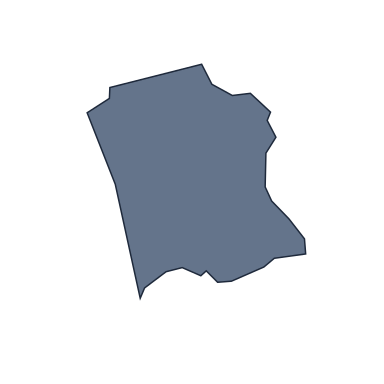 the district of Rappahannock, Virginia, United States of America, rotated 117°
{"feature_id": "52423323B58437533769243", "entity_name": "Rappahannock", "entity_type": "district", "adm_level": 2, "iso_a3": "USA", "parent_name": "United States of America", "parent_adm1": "Virginia", "projection": "mercator", "projection_center": [-78.153, 38.693], "detail": "fine", "context": "isolated", "style": "filled", "palette": "slate", "viewbox_px": 384, "rotation_deg": 117, "n_neighbors": 0, "source": "geoboundaries", "source_scale": "gbopen_adm2", "svg_char_len": 508}
<svg xmlns="http://www.w3.org/2000/svg" viewBox="0 0 384 384"><g transform="rotate(117 192 192)"><path d="M105.1,142.1L94.1,157.5L85.2,158.3L77.6,184.8L87.7,199.9L87.0,223.2L73.8,241.4L136.2,312.6L146.1,308.1L169.0,321.4L219.9,263.9L284.6,210.9L310.2,189.9L299.0,190.7L274.8,178.9L263.8,166.4L262.6,146.1L255.8,143.5L260.8,128.2L253.6,116.4L226.2,93.9L213.7,88.6L195.6,62.6L182.7,70.5L171.9,93.5L163.9,116.9L154.3,129.1L123.8,143.8L105.1,142.1Z" fill="#64748b" stroke="#1e293b" stroke-width="1.5"/></g></svg>